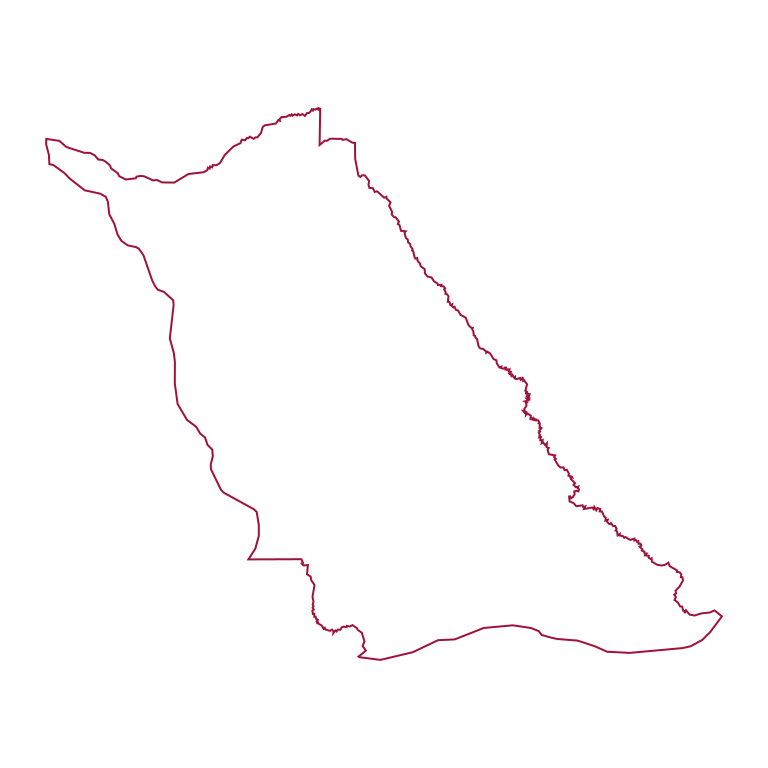 La Joya de los Sachas, Orellana, Ecuador
{"feature_id": "8360857B49386620675514", "entity_name": "La Joya de los Sachas", "entity_type": "district", "adm_level": 2, "iso_a3": "ECU", "parent_name": "Ecuador", "parent_adm1": "Orellana", "projection": "robinson", "projection_center": [-76.855, -0.261], "detail": "fine", "context": "isolated", "style": "outline", "palette": "rose", "viewbox_px": 768, "rotation_deg": 0, "n_neighbors": 0, "source": "geoboundaries", "source_scale": "gbopen_adm2", "svg_char_len": 6111}
<svg xmlns="http://www.w3.org/2000/svg" viewBox="0 0 768 768"><path d="M49.4,164.1L53.6,165.2L64.3,173.0L70.5,179.2L84.7,190.3L100.3,193.7L105.7,196.8L107.8,201.4L109.3,214.3L114.3,223.8L117.5,234.5L121.5,241.0L127.8,245.4L136.0,247.1L138.7,248.6L143.4,255.1L152.3,280.7L155.4,286.7L158.0,289.8L164.0,291.9L173.2,300.3L173.6,305.2L169.8,338.5L173.8,352.9L174.9,361.9L174.8,383.4L177.6,404.0L187.0,419.9L196.2,426.8L200.1,433.5L205.1,437.6L207.5,444.9L212.3,449.6L212.8,456.3L210.7,464.7L211.0,469.3L221.0,489.9L223.8,492.7L253.8,509.2L256.7,512.0L258.8,524.9L258.8,536.0L255.3,548.7L248.4,559.4L301.4,559.2L303.0,562.9L301.7,563.4L303.4,565.4L307.9,565.1L307.0,574.3L310.6,576.5L311.2,580.2L314.5,585.0L312.5,596.8L313.5,601.6L312.7,604.7L313.6,606.2L312.6,607.8L313.8,609.6L312.3,610.9L313.0,614.0L314.3,613.7L314.2,616.7L315.7,616.7L315.9,618.7L317.8,619.9L316.6,621.3L317.1,622.9L318.1,622.5L318.4,623.7L321.5,625.3L323.1,628.0L324.3,627.7L324.1,628.9L325.1,628.5L326.0,629.8L330.1,630.8L332.0,629.6L333.6,631.3L333.4,633.0L335.3,630.5L336.5,631.5L337.6,629.7L340.4,629.8L341.6,627.5L343.5,626.6L346.6,627.1L346.8,625.9L349.9,626.5L352.4,625.1L357.1,628.3L357.6,629.8L361.8,632.7L364.5,641.4L362.6,646.0L365.9,650.6L358.5,656.6L359.4,657.2L380.4,659.9L412.8,652.2L438.0,640.2L454.8,639.4L483.6,628.0L512.8,625.3L531.0,628.0L538.9,631.2L541.5,634.9L550.6,637.5L557.4,639.0L577.6,640.6L594.9,646.3L607.0,651.7L629.6,652.9L682.3,648.1L690.6,646.3L702.3,639.9L710.0,632.3L721.9,616.4L714.5,610.4L709.8,612.5L701.4,613.4L694.6,615.5L689.6,614.6L686.0,610.3L684.6,613.2L684.7,610.9L683.2,610.8L682.1,606.6L680.1,606.4L678.0,602.6L674.5,600.0L675.9,597.1L674.2,594.6L676.1,593.4L675.5,590.8L679.4,586.8L682.9,580.6L682.5,577.2L680.8,577.2L681.3,574.4L679.7,572.3L676.8,571.9L676.9,570.3L669.7,566.2L668.4,562.7L665.1,564.8L661.6,565.5L657.3,564.8L651.9,561.7L651.6,558.3L650.5,558.9L648.6,557.7L648.8,555.8L645.2,555.4L646.6,553.5L644.5,553.5L644.3,551.5L641.8,550.6L642.4,549.4L639.6,546.7L641.3,545.6L640.5,543.7L638.6,543.8L638.3,541.2L637.0,541.8L635.8,539.9L634.3,540.4L634.3,538.6L630.1,539.9L625.5,537.0L624.2,537.8L623.0,536.2L619.6,535.5L619.8,534.0L617.6,535.4L617.0,531.2L615.6,530.5L616.6,528.9L615.2,526.0L613.1,526.1L611.0,523.1L609.9,524.2L608.6,523.6L607.0,521.4L607.7,519.8L605.4,520.6L605.8,517.8L604.2,516.6L602.0,511.6L599.7,511.4L600.3,509.1L597.4,508.0L596.3,510.3L594.3,506.9L593.6,509.2L592.2,507.5L584.0,509.0L585.2,506.4L583.3,507.0L582.6,505.3L576.3,506.2L573.6,503.1L569.6,501.4L569.1,496.5L570.2,496.3L571.2,498.1L572.8,497.2L574.6,494.4L574.1,490.6L574.8,491.6L576.7,490.7L578.5,491.3L578.9,489.1L577.7,488.0L578.3,486.5L575.9,487.2L573.5,484.9L575.1,483.2L570.9,479.1L570.4,477.4L572.3,477.6L571.7,476.6L568.4,475.7L569.0,473.7L566.8,469.8L564.5,470.1L563.6,467.4L560.5,467.5L558.4,465.7L554.7,459.6L555.8,458.8L554.0,456.9L555.1,455.4L548.8,454.2L547.6,449.6L548.7,448.0L546.6,447.1L546.9,443.2L545.2,445.1L543.0,442.3L541.8,443.1L542.4,441.0L541.7,441.6L541.7,440.1L540.3,440.1L540.9,437.0L539.4,437.3L540.4,435.4L539.0,436.6L539.9,434.9L538.8,432.8L539.9,431.7L539.1,431.1L541.3,428.3L539.9,427.9L540.6,427.4L539.6,426.6L539.8,424.1L538.8,423.3L539.5,422.9L538.3,420.4L535.1,420.4L534.5,419.9L535.2,419.4L533.8,419.2L534.3,417.9L533.7,418.9L533.4,417.9L532.3,418.5L531.5,417.6L532.3,419.5L530.4,419.0L530.8,415.7L527.3,413.3L526.0,414.9L526.2,412.3L524.8,413.0L523.1,410.9L524.8,411.1L524.3,408.9L526.5,405.8L526.1,403.3L526.9,402.7L524.7,401.4L528.2,400.5L526.7,398.7L528.8,399.0L527.3,397.0L528.8,397.2L527.8,395.9L529.0,396.2L529.7,394.1L525.9,393.3L526.3,392.0L527.8,392.2L525.3,390.7L527.1,384.3L524.2,380.4L523.2,380.9L523.2,379.4L522.1,379.5L523.0,377.2L520.6,379.7L520.0,377.9L516.6,379.2L514.9,378.5L515.0,376.6L513.7,377.3L512.4,374.8L511.5,375.8L511.2,374.4L510.0,374.1L510.4,373.3L509.4,373.2L510.6,371.8L509.0,371.5L509.3,370.0L508.0,371.1L508.7,369.4L506.8,369.8L506.3,368.2L505.4,369.1L505.0,366.8L504.7,368.2L502.8,368.7L501.2,368.0L501.4,366.6L499.4,367.5L496.8,363.4L496.4,360.3L493.5,359.0L490.2,353.5L487.4,351.7L486.2,352.8L485.8,351.2L483.3,349.0L480.2,348.4L478.5,346.0L477.0,338.9L475.4,337.7L475.2,335.9L473.7,335.3L473.4,331.5L472.2,329.3L472.7,327.9L470.9,327.6L468.4,324.9L465.7,317.7L460.6,314.9L458.0,310.5L455.9,309.9L454.6,306.8L453.3,307.5L451.7,305.7L452.1,304.3L450.4,305.1L449.5,302.1L447.8,301.8L448.5,296.3L447.2,294.4L445.4,293.8L445.7,292.2L444.1,289.3L445.1,288.3L443.6,286.4L441.1,286.1L441.4,284.8L437.8,285.0L437.5,283.5L434.0,281.3L431.5,277.5L427.5,276.5L424.9,273.3L424.7,269.1L420.8,266.4L419.8,263.2L417.7,261.1L417.2,258.0L415.4,258.6L414.5,257.0L413.2,251.2L412.1,250.5L412.7,249.2L410.5,246.3L410.2,244.0L408.2,242.5L407.7,239.4L405.9,238.0L404.5,232.6L405.7,231.3L401.0,230.8L399.5,225.1L397.8,223.9L399.0,221.7L395.6,217.3L394.2,217.2L391.7,214.6L392.1,211.8L389.1,205.9L390.5,202.3L386.6,198.5L386.4,196.8L384.2,197.7L377.1,191.3L374.7,191.9L372.9,188.2L369.4,187.9L368.5,184.9L369.1,181.0L364.9,175.4L362.0,175.3L360.4,177.0L358.4,175.6L355.2,159.1L355.0,142.9L352.5,142.7L346.3,139.2L342.5,139.8L341.7,138.9L330.1,138.7L326.7,140.9L324.9,140.6L319.6,145.0L320.2,108.8L318.5,108.1L318.5,109.7L316.4,108.7L315.4,109.6L313.3,109.1L312.8,110.5L311.7,109.4L310.6,111.4L308.8,113.0L307.1,113.0L304.9,115.9L302.4,114.1L299.8,115.3L298.1,113.9L296.9,115.4L294.9,114.3L292.4,115.7L291.7,114.4L290.2,115.8L289.3,115.0L286.4,116.8L281.5,117.1L279.5,119.3L279.9,120.8L278.2,120.2L275.9,123.5L264.7,125.4L262.7,127.0L261.0,133.0L257.5,137.3L255.3,137.4L253.7,138.9L249.9,136.7L248.2,138.3L247.0,137.9L245.1,140.3L241.7,139.7L240.4,143.2L233.4,146.5L224.8,154.9L219.9,163.1L216.5,165.2L212.7,165.1L212.2,167.3L210.1,166.4L209.6,168.6L207.9,167.7L207.3,170.2L203.8,172.2L188.5,174.0L174.2,182.6L162.1,182.4L157.0,180.0L153.0,180.4L144.5,176.4L140.5,175.9L136.5,176.7L135.8,178.3L125.7,179.5L119.1,176.1L117.9,173.3L111.2,168.5L109.7,165.1L106.0,162.0L102.8,160.0L98.2,159.5L94.8,155.4L90.1,152.9L84.2,152.8L68.7,147.8L66.0,146.7L59.4,140.9L46.3,138.9L46.1,144.2L48.9,154.9L49.4,164.1Z" fill="none" stroke="#9f1239" stroke-width="2"/></svg>